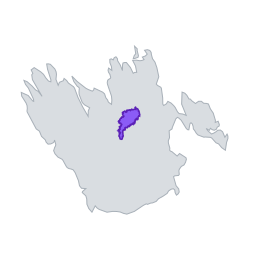 Ballinasloe Lea-6, Galway, Ireland shown in context, rotated 75°
{"feature_id": "5873133B97089647818716", "entity_name": "Ballinasloe Lea-6", "entity_type": "district", "adm_level": 2, "iso_a3": "IRL", "parent_name": "Ireland", "parent_adm1": "Galway", "projection": "natural_earth1", "projection_center": [-8.386, 53.453], "detail": "fine", "context": "in_parent", "style": "filled", "palette": "violet", "viewbox_px": 256, "rotation_deg": 75, "n_neighbors": 0, "source": "geoboundaries", "source_scale": "gbopen_adm2", "svg_char_len": 8347}
<svg xmlns="http://www.w3.org/2000/svg" viewBox="0 0 256 256"><g transform="rotate(75 128 128)"><path d="M165.1,46.8L159.2,49.8L158.3,51.0L156.7,55.7L156.5,57.1L152.8,62.3L150.7,63.4L147.6,64.3L145.8,65.1L143.5,64.7L140.7,64.8L139.3,65.7L139.4,66.4L140.2,67.2L145.5,69.7L145.2,70.7L143.7,71.8L134.3,74.6L131.5,76.4L130.5,77.5L131.5,79.4L139.0,85.1L140.3,85.7L141.4,89.0L148.1,90.4L150.8,92.4L153.1,92.9L158.2,92.8L160.3,93.5L161.4,92.9L162.1,91.8L167.8,87.8L166.0,84.8L171.7,79.7L173.3,79.7L176.0,81.3L178.2,83.5L178.9,86.4L181.0,89.0L182.4,89.9L186.1,90.5L186.9,91.5L186.3,95.3L186.8,96.6L196.2,96.5L199.9,94.8L203.1,95.1L204.7,96.8L205.4,98.6L202.7,99.2L199.8,98.9L198.4,100.0L198.3,102.2L199.3,105.1L201.3,107.1L202.9,111.7L204.2,116.8L206.2,119.8L206.7,123.7L206.4,125.5L206.8,128.9L206.0,130.1L206.7,133.2L210.2,143.4L210.9,151.4L209.3,154.4L207.1,157.3L205.7,160.6L204.6,164.3L203.9,170.1L199.1,177.0L197.1,178.7L194.7,179.8L200.0,184.6L195.7,186.7L191.0,187.4L185.8,186.2L182.6,186.3L178.5,188.9L177.6,188.4L175.6,184.4L174.2,188.5L171.2,189.8L166.1,189.5L157.5,190.6L154.2,191.8L152.9,193.6L151.8,195.7L150.5,197.0L149.0,197.6L142.4,199.2L141.1,199.8L138.0,203.2L134.0,205.2L130.7,205.7L127.7,203.8L126.5,202.6L125.1,202.0L120.6,202.1L122.0,202.7L122.9,204.1L123.4,206.8L122.9,209.4L120.6,210.7L118.0,211.0L113.7,213.7L108.1,214.4L105.1,216.9L86.6,221.2L85.6,221.2L83.0,220.2L80.3,219.7L77.5,220.0L69.7,222.4L66.0,221.9L70.8,216.0L77.3,213.0L77.9,212.2L75.8,211.8L63.6,213.9L59.4,215.7L55.1,216.2L57.1,213.5L62.6,209.8L67.3,207.4L69.4,205.2L75.2,202.8L56.6,207.8L51.7,207.2L50.6,205.8L46.8,206.5L45.4,203.0L51.0,197.9L54.3,195.7L58.2,194.5L62.0,192.7L63.4,190.6L61.6,190.0L50.4,190.5L45.1,190.0L45.4,188.4L46.4,186.5L52.0,183.4L55.0,182.9L57.6,183.2L62.4,185.0L68.7,184.4L66.1,182.4L65.6,178.3L63.6,176.9L66.2,175.0L69.2,173.9L74.1,169.9L75.8,169.3L85.5,168.4L96.0,166.3L106.4,163.5L101.1,161.9L98.5,159.8L94.4,164.0L91.5,165.6L83.1,166.5L80.5,166.0L76.8,164.7L75.7,165.2L74.6,166.2L69.1,168.3L63.3,168.8L70.0,165.0L78.6,158.5L80.5,156.5L83.2,152.9L82.4,151.3L80.7,150.4L86.9,143.1L89.0,141.8L93.0,141.6L95.9,140.4L97.2,140.4L98.3,140.0L100.9,137.8L97.0,136.4L92.9,135.7L80.4,136.5L78.8,136.3L77.2,135.6L76.2,134.7L75.5,132.2L74.6,131.6L71.7,131.6L68.9,132.4L67.0,132.3L65.1,131.2L68.2,128.7L64.3,128.1L60.3,128.6L57.0,127.8L56.9,126.2L58.4,124.7L56.5,123.1L56.1,121.2L58.2,120.3L60.4,120.6L65.1,119.2L71.1,118.5L66.0,117.1L63.9,116.0L63.9,114.1L64.3,112.6L70.2,110.0L76.5,108.8L76.0,107.1L76.5,105.2L70.1,104.7L63.9,106.0L64.6,102.4L66.1,99.2L66.4,97.1L66.1,94.8L63.2,95.8L62.9,92.5L61.6,90.3L57.2,91.9L57.4,89.0L58.7,86.9L60.9,86.1L63.2,86.4L67.4,86.4L71.4,84.9L77.2,84.5L86.5,85.0L92.9,89.3L94.5,88.5L97.1,85.8L98.3,85.5L107.9,86.7L113.9,88.2L115.5,87.7L114.6,84.7L112.6,82.6L115.1,79.9L118.3,78.0L120.4,77.1L125.2,76.0L127.3,74.9L128.7,71.4L130.9,68.5L118.8,70.0L107.3,66.5L109.1,64.1L111.6,62.7L115.8,61.6L116.2,60.3L118.3,59.3L121.8,56.5L120.5,52.9L121.2,50.2L123.7,48.5L124.5,46.0L125.6,44.1L130.8,43.5L135.7,41.8L143.2,41.6L145.2,42.3L144.8,39.2L148.3,38.9L149.7,39.5L150.3,41.6L152.0,42.9L152.5,45.3L151.4,47.1L149.6,48.5L151.3,50.0L148.7,52.6L151.5,51.5L155.4,48.9L155.2,46.8L154.5,44.2L153.4,41.9L153.9,39.3L156.1,37.6L162.0,36.8L159.5,33.9L161.7,33.6L164.0,34.2L167.4,36.5L174.7,39.7L171.2,42.6L166.8,44.6L165.1,46.8ZM62.6,103.6L62.4,105.0L59.6,103.2L58.3,101.3L50.7,100.5L53.9,98.6L55.4,99.1L60.8,99.2L62.3,100.0L62.6,103.6Z" fill="#d9dde1" stroke="#a8b0b8" stroke-width="1"/><path d="M110.7,126.2L111.1,126.4L111.1,126.6L110.9,126.7L110.8,127.0L111.1,127.2L111.1,127.3L111.2,127.6L111.2,127.8L111.3,128.0L111.2,128.2L111.4,128.3L111.4,128.6L111.6,128.7L111.5,129.0L111.7,129.3L111.8,129.2L112.2,128.8L112.4,128.7L112.5,128.7L112.6,128.9L112.9,129.2L113.0,129.7L113.7,129.7L114.1,129.6L114.5,129.4L114.5,129.0L114.6,129.3L115.1,129.5L115.2,129.4L115.2,129.2L115.5,128.9L115.6,129.0L115.8,129.2L115.8,129.5L115.5,129.7L115.8,129.9L115.8,130.0L116.2,130.0L116.1,131.1L115.9,131.3L116.8,131.8L116.7,132.0L116.8,132.3L116.7,132.5L117.3,132.7L117.1,132.7L117.2,133.0L117.3,133.2L117.3,133.3L117.3,133.5L117.6,133.8L118.2,133.8L118.6,133.9L118.7,134.1L118.8,134.4L119.1,134.5L119.1,134.8L119.2,135.0L118.8,135.3L119.1,135.6L119.3,135.6L119.5,135.3L120.1,135.1L120.4,135.3L120.4,135.1L120.6,135.0L120.5,134.9L121.6,134.7L121.6,134.3L121.7,134.2L121.3,134.1L121.3,133.9L121.5,133.9L122.2,134.0L122.4,133.8L122.2,133.6L122.5,133.3L122.8,133.1L123.2,133.2L123.3,133.4L123.2,133.7L123.7,133.8L123.8,134.0L124.1,134.0L124.3,134.2L124.1,134.7L124.7,134.9L124.9,134.9L125.0,135.0L124.9,135.1L124.7,135.2L124.5,135.3L124.4,135.5L123.9,135.5L124.4,135.7L124.6,135.7L124.6,135.8L124.8,135.7L124.8,135.8L125.0,135.9L125.4,135.8L125.4,135.5L125.6,135.5L126.0,135.6L126.8,136.0L126.7,136.1L127.3,136.1L127.3,136.3L127.4,136.6L126.7,136.5L126.8,136.7L127.4,136.6L127.5,136.9L127.6,137.0L127.8,136.9L127.5,137.3L127.3,137.3L127.2,137.6L127.7,137.7L127.9,137.8L128.1,138.4L128.6,137.8L128.7,137.6L128.9,137.6L129.6,137.7L129.7,137.3L129.5,137.1L129.8,137.1L129.9,136.9L130.2,136.8L130.4,136.7L130.4,137.0L130.6,137.0L131.1,137.0L131.2,137.3L131.2,137.5L131.4,137.5L131.8,137.7L131.7,137.8L132.1,137.8L132.4,138.1L132.4,138.3L132.6,138.6L132.9,138.6L133.0,138.6L133.6,138.7L133.7,138.8L134.2,138.5L134.5,138.4L134.8,138.5L135.2,138.4L136.0,138.5L136.4,138.5L136.7,138.0L137.1,137.7L137.2,137.4L137.2,137.1L137.3,136.9L137.2,136.6L136.7,136.2L136.1,136.0L135.9,135.8L135.7,135.7L135.0,135.6L135.0,135.1L134.8,135.1L134.5,134.7L134.0,134.6L133.9,134.7L133.7,134.7L133.2,134.6L132.8,134.5L132.6,134.5L132.4,134.5L132.3,134.4L131.0,134.2L130.7,134.3L130.4,134.2L130.3,133.9L129.5,133.9L129.3,133.7L129.2,133.6L129.1,133.3L129.0,133.2L128.9,133.0L128.7,132.9L128.9,132.7L128.8,132.4L129.0,132.2L128.9,131.9L129.0,131.9L129.0,131.5L128.8,131.6L128.5,131.0L128.3,131.0L128.0,131.2L127.9,131.0L127.3,130.9L127.5,130.6L127.3,130.4L127.1,130.5L127.0,130.4L127.1,130.2L126.9,130.1L126.9,129.9L126.8,129.7L127.2,129.3L127.4,129.1L127.5,128.9L127.6,128.7L127.3,128.4L127.1,128.2L127.0,127.9L126.7,127.8L126.4,127.8L126.3,127.7L126.3,127.4L126.3,127.1L126.1,127.0L126.1,126.8L126.2,126.7L126.7,126.6L126.8,126.7L127.0,126.5L127.0,126.4L126.9,126.1L126.6,126.0L126.5,125.9L126.1,125.7L126.0,125.4L125.2,125.0L125.2,124.9L125.5,124.7L125.8,124.6L125.7,124.5L125.4,124.2L125.7,123.9L125.4,123.6L125.4,123.4L125.0,123.1L125.1,122.8L125.1,122.7L125.3,122.6L125.6,122.6L125.6,122.4L124.9,122.1L125.0,121.9L125.3,121.8L124.8,121.6L125.0,121.4L124.8,121.2L124.6,120.8L124.4,120.7L124.5,120.6L124.8,120.4L125.2,120.6L125.4,120.5L125.1,120.2L124.7,120.1L124.5,119.8L124.2,119.8L123.5,119.9L123.1,119.8L123.1,119.6L123.3,119.3L123.1,119.2L122.8,119.2L122.7,119.1L122.8,119.0L122.7,118.8L122.4,118.8L122.2,118.7L121.9,118.8L121.7,118.8L121.6,118.5L121.7,117.9L121.4,117.8L121.2,117.6L121.4,117.5L121.1,117.4L120.5,117.5L120.7,117.4L121.0,117.3L121.0,117.2L121.2,116.8L121.6,116.8L121.8,116.6L122.2,116.8L122.3,116.8L122.4,116.5L122.3,116.3L122.0,116.1L121.8,116.2L121.7,116.1L121.4,115.8L121.2,115.8L121.0,115.7L120.3,115.5L120.0,115.3L119.9,115.3L119.7,115.2L119.6,114.8L119.2,114.6L119.3,114.3L118.8,114.1L118.7,113.9L118.9,113.9L119.1,114.0L119.4,113.7L119.0,113.6L118.9,113.5L118.7,113.4L118.8,113.4L118.4,113.2L117.6,113.1L116.4,113.3L115.9,113.0L115.3,113.0L114.9,113.1L114.6,113.1L114.4,113.0L114.0,113.2L114.1,113.5L113.2,113.4L113.1,113.5L112.1,113.7L112.1,113.9L111.7,114.2L111.8,114.4L111.8,114.6L111.5,114.7L111.3,114.9L111.3,115.0L110.9,115.1L110.6,115.1L109.8,115.3L109.8,115.5L110.1,115.9L110.3,115.9L110.3,116.0L111.0,116.1L111.3,116.0L111.5,116.4L111.8,116.3L111.7,116.5L111.7,116.8L111.7,117.0L111.6,117.4L111.6,117.5L111.6,117.8L111.7,118.1L111.5,118.3L111.3,118.6L111.2,118.7L111.3,118.6L111.6,118.8L111.5,119.1L110.9,119.3L110.8,119.5L111.1,119.7L111.0,120.0L111.1,120.4L111.4,120.4L111.5,120.6L111.7,121.0L111.1,121.1L110.9,121.5L111.0,121.6L110.9,121.7L110.9,121.8L110.9,122.0L111.0,122.1L111.2,122.3L111.0,122.7L110.8,122.9L110.9,123.2L111.0,123.2L110.9,123.7L110.7,123.6L110.5,124.4L110.6,124.6L110.9,124.5L110.7,124.4L111.0,124.4L111.2,124.7L111.3,124.8L111.5,125.0L112.0,124.9L112.1,125.3L112.3,125.8L112.2,125.9L111.9,125.9L111.9,126.1L111.6,126.1L111.3,126.3L111.0,126.2L110.7,126.2Z" fill="#8b5cf6" stroke="#5b21b6" stroke-width="1.5"/></g></svg>